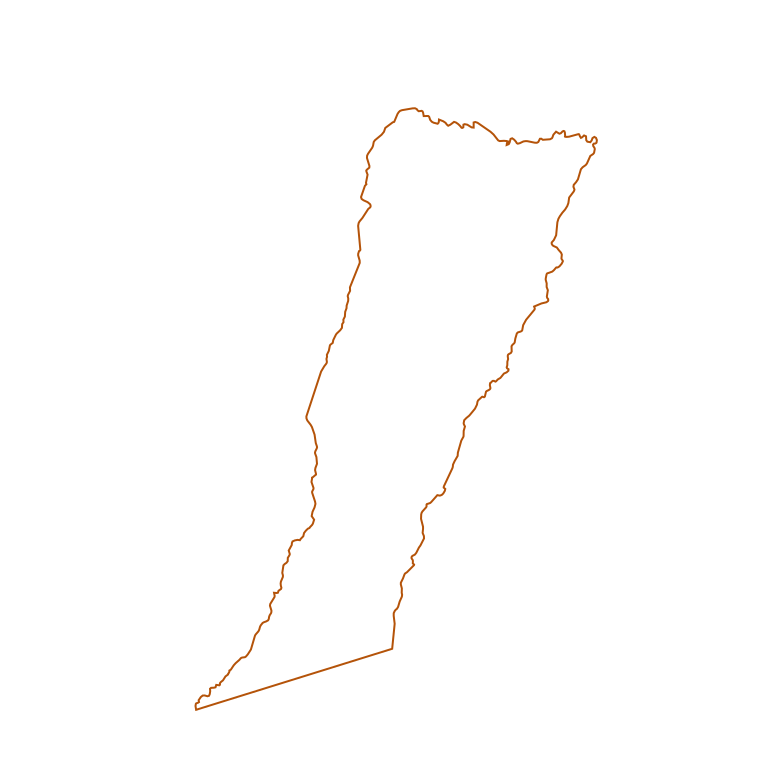 the Province of Formosa, rotated 253°
{"feature_id": "ARG-1307", "entity_name": "Formosa", "entity_type": "Province", "adm_level": 1, "iso_a3": "ARG", "parent_name": "Argentina", "parent_adm1": "", "projection": "robinson", "projection_center": [-59.89, -24.679], "detail": "fine", "context": "isolated", "style": "outline", "palette": "amber", "viewbox_px": 768, "rotation_deg": 253, "n_neighbors": 0, "source": "natural_earth", "source_scale": "10m", "svg_char_len": 6166}
<svg xmlns="http://www.w3.org/2000/svg" viewBox="0 0 768 768"><g transform="rotate(253 384 384)"><path d="M127.4,109.1L131.2,109.6L133.2,110.6L133.5,111.1L133.6,113.2L133.9,114.1L135.8,114.3L138.2,117.3L139.1,119.6L138.5,121.6L137.0,123.9L137.0,125.5L138.4,126.7L141.1,128.0L143.4,128.5L144.0,129.8L143.3,132.6L143.2,134.2L145.3,135.6L144.0,138.5L144.4,139.2L145.8,139.6L146.6,140.7L147.7,143.4L150.7,146.9L151.8,149.9L152.6,150.3L152.7,150.7L153.6,151.6L154.7,152.4L155.2,152.4L155.6,154.0L158.9,158.0L160.4,160.5L162.5,165.1L163.7,167.0L163.9,168.2L163.4,171.1L163.7,172.2L165.2,174.6L169.0,179.1L181.0,187.0L181.9,187.9L184.3,191.7L185.6,192.9L188.0,194.4L189.2,195.5L191.0,198.1L191.3,199.6L191.4,201.9L191.9,204.1L193.1,205.2L194.7,205.9L196.2,207.0L197.9,209.0L198.8,209.6L200.2,210.1L205.3,210.1L206.9,210.9L212.3,217.0L213.3,217.5L216.5,217.8L215.5,220.3L215.4,221.5L217.1,222.7L218.1,225.6L219.1,226.3L221.4,226.4L223.4,226.8L225.1,227.6L229.1,230.9L230.6,231.4L233.1,231.5L240.0,234.8L240.9,236.4L241.5,238.4L242.7,240.1L245.9,241.2L247.9,243.5L248.9,244.2L252.6,244.2L257.0,248.7L258.8,249.4L260.2,250.5L260.5,253.0L260.2,255.8L259.2,257.9L260.2,259.0L262.0,262.3L264.9,264.0L266.6,266.4L267.9,268.9L268.1,270.6L268.7,271.3L270.3,274.1L271.3,275.2L274.7,277.5L278.8,276.2L282.7,278.3L286.3,281.5L289.4,283.4L291.7,283.7L301.1,283.5L302.1,283.8L304.3,285.9L305.3,286.2L311.5,286.0L314.5,287.5L315.5,287.8L315.6,288.5L317.3,292.5L318.0,292.7L321.8,292.9L323.8,293.9L327.3,296.6L333.9,298.0L337.8,297.8L338.7,298.0L339.9,298.8L342.0,300.8L343.1,301.5L344.1,301.6L347.5,301.5L355.9,302.8L363.9,302.5L366.5,301.9L371.5,300.0L373.8,299.8L375.7,300.3L414.3,327.5L418.4,332.0L420.3,334.7L421.1,335.5L422.1,335.9L424.8,336.3L426.7,337.5L428.6,337.9L431.8,340.9L436.6,343.5L437.2,344.1L438.3,347.0L440.8,348.3L445.0,352.2L446.0,353.4L448.2,357.8L450.0,360.2L453.5,361.5L454.9,363.3L457.5,364.0L459.9,366.3L464.4,368.0L467.4,370.3L469.9,371.2L473.9,374.0L476.1,374.8L478.7,375.0L479.8,375.7L483.0,378.8L486.4,379.7L506.9,396.2L509.1,396.8L514.6,396.9L516.1,397.4L517.7,398.5L518.4,399.0L518.6,400.0L519.2,400.6L542.8,405.5L545.3,406.8L546.6,408.1L549.1,411.9L556.0,420.1L556.9,422.3L557.5,423.0L558.9,423.4L560.1,423.2L562.7,421.5L565.7,418.1L567.5,416.7L569.5,416.7L579.1,423.7L580.2,425.6L581.5,425.5L589.0,429.5L592.4,429.3L593.4,429.5L594.1,430.6L595.2,433.2L596.7,433.8L605.2,433.8L607.3,434.6L608.8,436.0L613.5,441.9L615.1,443.2L618.4,444.9L619.7,446.5L623.1,454.6L625.2,457.7L628.5,460.1L631.7,468.9L631.7,470.4L638.3,475.9L639.7,477.6L640.5,479.2L640.6,481.3L639.2,492.1L638.6,494.3L637.3,495.7L635.9,496.1L634.7,497.0L634.2,499.9L633.4,500.6L631.8,500.7L628.6,500.3L627.4,504.6L626.4,505.3L623.1,505.4L620.8,506.4L619.4,507.8L617.2,511.4L617.8,512.4L618.7,513.1L620.8,513.9L617.9,517.5L615.8,519.2L613.8,519.9L612.2,520.9L612.6,523.3L614.2,527.6L613.0,529.3L610.8,531.0L608.6,532.2L606.3,533.1L606.0,534.0L606.3,534.9L608.8,535.8L608.9,537.1L607.6,539.5L603.8,542.8L603.0,544.7L607.9,546.2L607.9,547.8L606.5,549.8L594.1,559.6L590.6,561.7L583.6,564.4L582.5,565.6L581.5,569.8L580.5,572.3L579.6,573.7L578.6,572.1L576.7,571.2L576.9,573.4L578.2,574.7L581.4,576.7L581.5,578.4L579.6,579.9L577.2,581.0L575.5,581.4L574.7,582.2L574.6,584.3L575.2,588.2L574.9,590.3L574.3,592.1L570.7,598.7L570.0,600.7L570.3,602.3L572.9,604.8L572.6,606.1L571.1,607.3L569.5,614.3L569.9,616.4L570.5,617.1L572.9,618.9L575.0,622.3L572.1,624.9L572.1,626.4L573.3,628.5L573.5,629.6L573.0,630.4L571.7,630.5L568.4,629.8L567.8,629.4L567.5,629.5L566.9,630.9L566.4,633.3L566.1,643.0L565.7,643.6L563.6,643.8L561.8,644.3L562.0,645.6L563.2,648.0L561.8,649.6L558.0,648.7L556.3,649.3L554.9,652.0L556.2,653.8L558.2,655.3L558.8,657.4L557.4,658.7L555.0,658.9L552.7,657.8L552.4,657.3L552.2,656.4L552.5,654.9L551.8,653.9L550.2,653.7L548.4,654.3L547.1,654.3L543.7,652.5L542.8,651.3L541.8,648.0L535.5,642.5L534.4,640.9L533.2,637.3L531.8,635.1L523.0,629.3L520.8,626.6L519.0,623.7L517.2,622.8L514.3,623.0L513.5,622.5L512.6,621.7L508.2,615.6L503.1,613.2L500.6,611.3L497.9,608.2L495.7,604.7L493.1,601.3L491.0,599.1L488.0,597.1L475.9,592.1L472.0,588.5L470.4,585.9L469.8,585.5L468.7,585.4L467.3,585.8L466.4,586.5L464.0,589.2L461.1,590.2L457.8,591.7L455.8,591.9L452.2,590.4L451.4,590.4L449.7,591.0L449.0,590.9L447.1,589.1L445.3,586.3L444.8,584.9L444.7,583.8L445.0,583.4L445.0,582.6L443.2,579.8L442.3,577.8L442.1,574.3L442.1,572.9L442.0,572.2L441.3,571.5L437.8,569.6L436.4,569.1L432.7,569.0L429.2,567.9L425.8,568.1L420.0,565.3L418.8,565.2L417.2,565.8L415.9,565.5L415.3,565.0L414.7,563.2L415.0,558.1L414.2,550.2L412.4,550.3L411.7,550.1L411.1,549.6L403.9,538.7L399.6,534.3L395.0,531.9L394.5,531.3L394.2,530.1L394.2,527.1L393.5,525.8L389.1,522.9L385.5,521.1L384.9,520.4L383.9,518.3L382.8,517.0L377.7,515.6L376.6,514.4L376.1,512.1L375.8,511.3L375.2,510.8L374.1,510.4L371.6,510.0L369.3,508.5L365.9,507.4L364.1,506.2L363.0,506.3L361.7,507.4L360.3,506.8L359.3,504.7L358.9,501.7L355.8,497.1L355.1,494.2L353.8,491.9L353.7,491.2L354.9,490.0L355.2,488.8L354.6,487.5L353.9,486.4L353.8,485.7L352.0,484.9L349.1,484.6L348.5,484.3L348.0,483.7L347.6,482.5L347.2,480.0L346.8,479.3L342.5,476.8L342.1,475.9L342.3,475.4L343.0,474.6L343.1,474.0L340.8,469.2L339.7,468.2L337.1,466.9L333.8,463.8L329.8,457.8L328.8,456.2L327.4,452.8L325.9,450.1L323.2,448.7L322.2,448.6L319.7,449.0L315.9,446.5L311.0,444.9L310.3,444.5L307.3,441.4L296.8,434.6L293.7,433.4L289.5,428.9L286.7,426.4L284.7,425.6L283.5,424.8L268.6,411.3L267.5,410.8L265.7,411.9L264.0,410.9L262.0,408.7L261.1,407.0L260.9,405.5L261.0,404.6L262.1,402.5L257.2,394.5L256.7,393.3L256.6,389.8L256.2,389.4L254.5,388.9L253.8,388.3L250.9,383.5L249.8,382.3L248.3,381.4L244.2,380.0L236.1,379.6L234.1,379.0L230.3,377.4L226.9,377.7L224.6,377.1L218.9,371.6L217.4,369.6L213.1,365.5L211.8,363.6L211.3,360.9L210.7,360.0L210.1,359.6L209.1,359.4L207.2,360.0L206.4,359.9L204.0,359.1L202.5,360.0L202.0,359.7L197.3,351.0L196.6,348.7L195.9,347.9L192.5,345.3L189.0,342.0L187.4,341.5L183.3,341.3L179.2,339.9L177.1,339.7L175.4,338.9L171.4,335.4L166.7,332.3L165.2,330.6L164.7,329.2L163.8,327.9L162.0,326.3L159.5,325.5L151.6,324.1L128.4,314.4L127.4,109.1Z" fill="none" stroke="#b45309" stroke-width="2"/></g></svg>